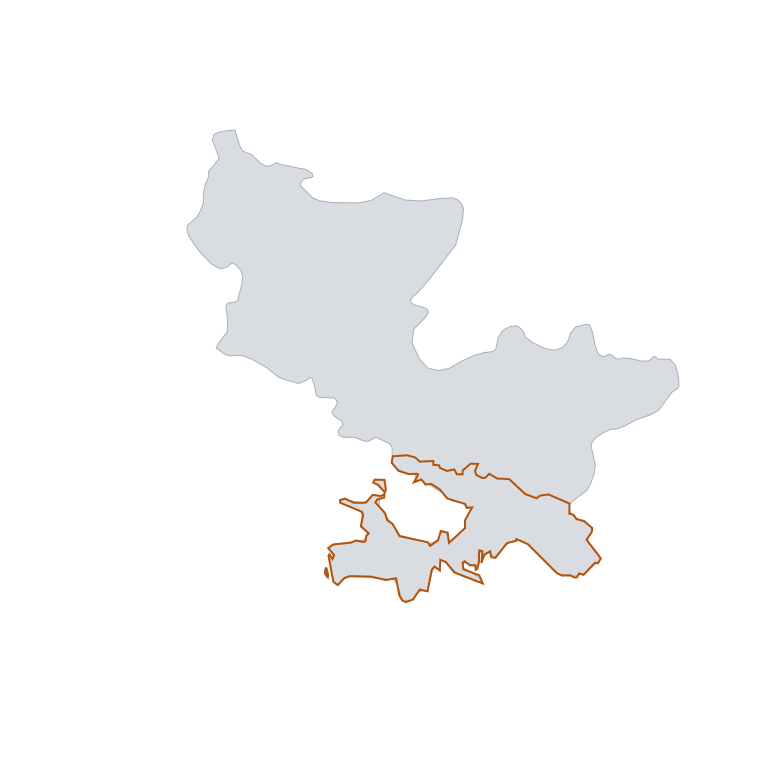 Tajikistan, with Leninabad highlighted, rotated 212°
{"feature_id": "TJK-369", "entity_name": "Leninabad", "entity_type": "Region", "adm_level": 1, "iso_a3": "TJK", "parent_name": "Tajikistan", "parent_adm1": "", "projection": "albers", "projection_center": [69.514, 39.97], "detail": "medium", "context": "in_parent", "style": "outline", "palette": "amber", "viewbox_px": 768, "rotation_deg": 212, "n_neighbors": 0, "source": "natural_earth", "source_scale": "10m", "svg_char_len": 5632}
<svg xmlns="http://www.w3.org/2000/svg" viewBox="0 0 768 768"><g transform="rotate(212 384 384)"><path d="M132.6,536.0L135.5,529.5L137.1,507.8L140.8,500.3L151.5,486.9L157.2,476.7L163.5,468.4L167.9,465.7L172.1,459.1L175.6,451.6L176.6,446.9L176.3,443.1L175.1,440.7L162.0,427.4L158.1,419.2L156.0,408.8L155.6,401.5L163.0,381.7L161.9,378.3L159.9,375.2L155.8,373.2L149.9,372.2L136.5,373.0L131.3,371.7L130.1,370.5L129.6,361.4L128.3,359.4L126.1,357.6L111.1,353.1L108.2,351.2L107.7,348.9L113.5,328.9L115.8,327.4L121.8,320.8L134.2,315.3L174.6,323.5L181.3,324.4L185.7,323.7L188.8,321.4L194.4,315.0L198.2,296.6L201.6,296.0L204.9,296.9L206.5,295.2L207.9,290.8L209.3,290.4L211.7,292.6L214.2,290.6L213.9,288.8L211.2,285.7L208.8,281.0L209.9,277.7L220.3,275.8L221.4,274.2L221.0,271.5L218.3,270.0L198.5,270.4L197.4,268.8L197.9,267.0L199.5,265.6L220.1,262.2L239.1,265.4L242.3,264.5L238.6,256.4L243.7,255.6L244.4,252.8L237.7,231.3L241.4,229.4L245.1,225.1L244.8,217.1L248.1,213.2L252.0,210.5L257.7,213.2L266.6,221.1L272.4,223.1L301.3,208.3L311.8,201.7L313.7,199.2L317.2,189.4L319.2,188.7L321.9,189.8L336.8,206.2L336.8,208.4L335.3,210.1L335.6,211.7L343.3,215.1L343.3,216.7L340.7,221.5L318.4,241.2L317.7,247.5L319.6,249.5L328.9,252.7L333.8,262.6L337.3,263.7L358.2,260.0L358.4,261.7L357.5,264.7L343.2,270.0L336.8,274.4L335.5,282.0L333.8,284.2L330.9,286.1L328.0,286.5L323.5,277.6L290.0,264.1L259.9,273.6L255.7,280.5L257.0,286.9L256.2,289.6L253.1,290.5L244.5,285.2L242.5,289.8L239.1,303.9L242.6,312.5L243.8,325.2L255.3,324.6L264.7,320.8L269.4,320.7L276.7,322.3L289.5,322.6L302.1,322.1L304.5,319.7L307.1,320.5L309.6,323.4L319.8,319.8L327.4,319.2L334.8,321.2L343.7,334.7L348.4,336.3L362.7,334.6L366.7,327.1L370.4,325.2L381.1,323.1L390.1,317.3L394.7,316.6L397.0,318.5L398.1,321.1L397.2,327.8L400.3,330.1L409.1,330.4L413.3,332.5L413.1,343.0L416.9,345.5L418.8,345.7L431.5,338.5L435.1,338.3L442.6,346.3L448.5,351.0L449.9,350.2L452.4,344.9L457.1,339.0L471.3,334.9L476.6,333.9L492.9,335.7L509.4,334.9L518.1,333.4L525.0,329.7L528.4,326.8L534.1,324.9L545.4,325.5L545.9,330.2L544.6,345.3L550.9,356.3L558.7,365.2L559.6,368.1L558.9,370.6L554.5,373.3L553.0,375.9L552.4,378.8L554.0,382.1L557.1,392.6L560.9,400.7L565.8,404.5L573.1,406.7L576.9,406.0L579.4,399.7L583.8,394.7L594.1,394.3L611.0,398.7L627.8,405.9L632.8,410.1L634.7,415.0L630.9,427.0L631.6,434.4L633.1,442.3L637.2,448.0L641.2,457.9L642.4,466.2L645.4,471.4L643.2,487.0L644.9,489.5L658.6,499.6L660.5,505.4L657.9,509.4L653.1,514.2L645.0,520.3L632.8,509.7L627.5,506.6L617.9,508.3L605.2,505.7L598.8,506.3L595.0,510.4L592.6,514.4L586.3,515.9L563.1,524.7L556.2,524.3L554.2,522.4L555.6,519.7L560.4,516.0L561.3,511.8L560.2,508.0L542.9,504.0L535.9,505.2L523.8,510.5L501.6,524.1L492.0,533.0L485.3,546.2L463.9,551.1L449.4,558.9L434.4,571.4L424.5,578.2L419.5,579.3L414.6,578.2L409.6,575.1L404.5,565.1L396.9,539.8L401.1,496.9L403.7,479.5L406.0,473.2L406.0,469.1L403.8,467.1L399.2,467.3L392.3,469.7L387.4,470.2L384.4,468.8L384.5,460.7L387.8,446.0L382.1,433.8L367.5,424.1L355.2,420.8L345.2,424.0L336.8,432.1L330.0,445.0L323.0,455.6L315.6,463.8L308.7,469.3L307.6,472.8L311.7,483.6L311.5,492.8L307.1,500.1L302.2,503.7L296.8,503.4L292.5,501.7L289.3,498.7L280.7,497.8L266.8,499.3L257.2,503.0L252.1,509.0L250.6,516.8L252.8,526.6L251.7,534.1L243.7,542.2L240.9,543.0L234.8,538.5L225.5,528.7L219.1,523.4L215.6,522.6L211.5,524.1L209.2,528.2L206.2,529.3L202.0,528.4L198.1,529.2L195.8,532.3L189.2,535.9L177.7,539.9L171.4,544.2L170.2,548.9L168.5,551.0L165.0,550.2L154.5,556.5L146.6,554.3L137.8,545.9L133.0,538.9L132.6,536.0ZM341.0,297.6L334.9,301.1L331.2,300.8L326.3,294.4L325.8,292.6L338.4,294.9L340.8,295.7L341.0,297.6ZM336.4,197.4L334.3,197.7L330.6,193.4L329.3,190.5L330.8,189.6L334.0,191.6L336.1,195.3L336.4,197.4Z" fill="#d9dde1" stroke="#a8b0b8" stroke-width="1"/><path d="M358.3,260.1L359.7,262.3L356.3,266.2L346.9,267.2L338.2,272.5L336.4,274.2L334.8,284.1L327.0,287.4L325.4,291.0L323.6,287.7L328.4,282.6L328.6,279.0L314.7,275.1L309.0,270.2L302.5,269.9L290.2,263.2L263.0,273.0L259.1,271.1L255.3,280.1L257.9,289.4L251.3,291.7L244.7,283.7L238.9,304.8L243.1,311.4L243.9,326.0L248.2,322.7L251.7,325.2L269.6,320.5L280.8,324.2L291.1,324.3L295.4,320.7L301.8,322.8L306.5,316.5L306.9,325.1L308.1,325.6L315.5,320.6L325.7,318.0L335.8,321.3L338.2,327.4L326.5,335.9L318.4,338.2L312.6,337.1L301.4,344.8L299.3,341.6L294.2,344.2L292.0,342.5L284.4,343.7L279.3,348.8L274.3,346.1L269.5,349.0L271.4,352.5L268.4,362.2L262.0,366.1L260.8,358.8L257.9,355.8L251.0,356.3L248.4,358.2L247.1,363.6L238.0,363.8L227.4,369.7L206.1,365.5L194.1,367.9L192.4,372.2L185.9,377.5L163.3,380.9L158.1,372.2L154.1,373.5L149.1,371.4L141.8,373.8L131.0,372.2L129.4,368.7L129.7,359.3L107.7,350.9L107.5,345.4L110.4,344.3L113.6,327.9L118.1,326.8L117.9,322.4L119.3,321.1L124.9,320.4L131.5,315.9L137.3,315.2L177.0,324.4L189.5,322.7L188.8,321.0L195.4,314.3L197.4,295.6L201.4,294.0L205.3,298.4L208.5,292.8L206.6,283.9L212.0,294.4L215.0,293.2L208.8,282.7L206.9,276.6L207.8,275.0L210.4,278.7L215.2,275.8L221.8,276.4L222.5,274.0L218.6,269.0L201.8,272.2L194.5,267.2L224.8,261.4L237.0,265.8L243.1,264.8L237.8,255.4L244.5,255.9L245.0,251.5L237.2,231.3L244.8,228.6L245.2,216.6L250.0,210.6L253.5,210.0L258.5,212.5L270.9,225.6L278.6,218.7L292.7,213.9L311.1,203.0L314.8,198.5L316.6,189.0L322.2,189.5L340.1,209.0L340.0,210.7L334.9,208.3L335.5,212.4L344.4,215.3L342.1,221.0L328.1,231.8L324.9,236.4L317.5,239.2L316.4,241.0L318.6,246.1L317.7,249.2L328.2,251.0L332.3,262.0L335.1,263.9L358.3,260.1ZM325.9,292.6L335.4,295.4L340.8,294.6L341.3,297.9L332.8,303.0L326.4,295.5L325.9,292.6ZM329.3,190.4L333.9,192.3L335.9,197.6L330.1,192.3L329.3,190.4Z" fill="none" stroke="#b45309" stroke-width="2"/></g></svg>